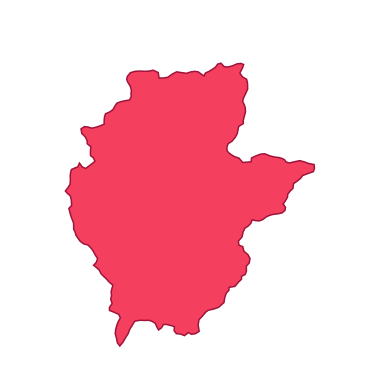 Pains, Minas Gerais, Brazil (Natural Earth projection), rotated 249°
{"feature_id": "56859067B98471010335506", "entity_name": "Pains", "entity_type": "district", "adm_level": 2, "iso_a3": "BRA", "parent_name": "Brazil", "parent_adm1": "Minas Gerais", "projection": "natural_earth1", "projection_center": [-45.694, -20.398], "detail": "fine", "context": "isolated", "style": "filled", "palette": "rose", "viewbox_px": 384, "rotation_deg": 249, "n_neighbors": 0, "source": "geoboundaries", "source_scale": "gbopen_adm2", "svg_char_len": 3101}
<svg xmlns="http://www.w3.org/2000/svg" viewBox="0 0 384 384"><g transform="rotate(249 192 192)"><path d="M227.8,76.5L222.6,74.8L220.8,71.2L216.8,70.7L212.5,70.3L208.9,70.3L205.6,70.3L202.8,69.4L199.8,68.2L196.8,68.5L193.1,68.2L189.6,69.0L186.2,69.9L182.6,72.1L179.6,76.0L175.3,77.8L172.2,78.6L168.2,79.0L163.7,80.0L160.6,77.4L158.9,73.9L155.0,76.1L152.3,77.4L148.3,77.8L144.7,79.4L141.1,81.1L137.5,82.4L133.4,84.7L130.9,82.9L128.0,80.8L124.0,79.7L121.1,77.7L116.4,77.4L114.0,73.7L111.0,72.5L107.8,76.0L104.1,79.7L100.2,80.0L97.5,76.8L94.5,74.0L91.0,71.5L87.3,69.6L82.8,69.1L78.0,68.3L74.1,69.4L76.5,73.7L79.1,76.9L82.9,81.9L85.8,84.3L88.6,88.0L91.9,92.3L90.9,97.5L88.9,102.1L87.9,105.3L85.9,108.1L82.5,110.7L79.0,110.8L75.2,111.3L76.1,114.8L78.6,117.9L77.4,120.8L75.1,124.2L72.6,127.3L69.0,125.6L65.4,126.6L63.4,130.5L60.6,133.5L62.0,138.4L59.4,140.4L58.5,144.3L59.3,148.7L62.3,149.4L65.9,150.2L70.3,152.8L72.5,157.5L74.8,161.4L75.8,164.9L75.0,169.9L74.8,175.5L77.3,182.2L82.1,185.0L85.3,187.8L87.0,191.2L89.7,192.5L88.5,198.2L91.2,203.1L92.8,206.9L95.6,208.1L95.9,212.1L98.7,214.5L103.2,216.1L105.3,220.0L109.0,222.3L113.5,221.8L118.0,219.3L122.9,219.8L125.4,216.8L129.5,217.7L132.2,222.7L136.5,225.5L139.4,228.7L139.9,231.9L141.7,235.7L144.5,238.3L142.7,240.7L140.9,244.4L140.9,248.1L142.3,253.1L142.3,257.8L141.7,261.2L140.8,264.5L140.2,268.7L141.5,272.2L144.2,273.8L148.1,272.8L150.5,276.3L152.9,279.3L155.6,280.6L157.4,283.4L159.2,287.5L163.4,289.8L164.6,294.6L165.8,298.2L167.7,301.2L167.7,306.3L167.5,312.6L170.4,314.9L173.9,315.8L176.7,311.3L179.6,308.0L182.6,304.0L183.3,300.0L184.2,293.2L186.4,290.6L189.1,289.9L191.2,287.9L193.1,285.4L194.8,282.0L197.9,277.6L201.7,273.5L202.8,269.4L202.8,265.3L202.5,259.8L199.0,258.0L200.0,254.6L201.4,249.9L206.7,248.1L210.0,244.2L212.8,242.0L215.4,240.4L218.1,239.5L221.2,240.6L224.1,242.9L225.1,247.6L227.5,251.9L230.3,255.2L233.5,257.2L236.5,259.1L237.5,264.4L240.5,265.5L243.7,267.8L247.7,270.7L251.5,271.9L254.8,272.1L258.5,271.7L261.5,274.0L264.5,277.2L268.2,280.9L273.9,282.9L277.7,283.4L281.3,280.4L285.9,279.3L289.4,283.3L292.5,285.9L294.6,283.6L295.5,279.8L295.3,275.1L295.9,269.9L297.6,266.9L301.9,265.2L302.2,261.8L300.0,258.4L299.2,254.8L298.5,251.0L298.3,247.2L296.1,244.7L298.9,242.8L301.8,241.0L303.6,238.0L304.5,234.3L304.8,229.4L307.6,224.3L309.7,220.7L309.2,215.8L307.8,210.6L308.6,206.4L310.2,202.1L315.6,203.3L319.6,199.4L320.4,194.8L321.6,191.2L323.5,186.9L325.0,182.4L325.5,177.3L323.2,173.2L320.6,171.4L317.4,171.4L312.7,172.3L308.7,171.9L305.7,170.3L302.7,169.4L300.3,166.5L301.2,162.1L301.9,157.7L301.8,153.6L299.8,150.7L297.2,147.7L296.2,143.5L296.0,139.2L293.1,137.0L290.0,135.5L286.8,134.3L286.7,130.0L286.8,126.4L287.4,121.6L290.1,117.9L291.6,115.0L290.7,111.0L286.2,110.1L281.6,112.1L277.8,112.5L274.5,111.5L270.5,113.8L265.6,111.4L262.3,110.3L259.4,112.2L255.5,112.4L254.0,108.0L253.0,104.4L252.1,101.2L254.5,98.6L259.3,97.3L256.4,94.4L256.4,90.9L256.2,87.5L253.9,85.8L251.0,84.2L246.7,82.7L242.9,80.9L240.5,77.7L238.3,74.1L235.5,75.1L232.1,77.0L227.8,76.5Z" fill="#f43f5e" stroke="#9f1239" stroke-width="1.5"/></g></svg>